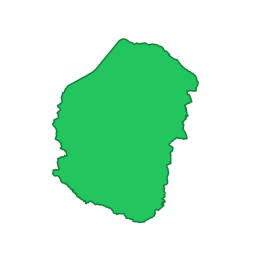 Veal Veaeng, Pouthisat, Cambodia (Robinson projection), rotated 125°
{"feature_id": "14789045B9222272664434", "entity_name": "Veal Veaeng", "entity_type": "district", "adm_level": 2, "iso_a3": "KHM", "parent_name": "Cambodia", "parent_adm1": "Pouthisat", "projection": "robinson", "projection_center": [103.138, 12.256], "detail": "fine", "context": "isolated", "style": "filled", "palette": "green", "viewbox_px": 256, "rotation_deg": 125, "n_neighbors": 0, "source": "geoboundaries", "source_scale": "gbopen_adm2", "svg_char_len": 5772}
<svg xmlns="http://www.w3.org/2000/svg" viewBox="0 0 256 256"><g transform="rotate(125 128 128)"><path d="M58.9,93.8L57.7,93.9L56.1,95.4L55.5,95.3L54.8,95.4L53.8,95.4L51.9,95.8L50.9,96.5L49.9,97.3L49.7,98.4L49.2,99.3L48.5,99.8L47.8,101.0L46.7,102.3L46.2,106.2L46.6,108.1L46.2,109.4L46.7,110.7L46.8,111.6L46.5,113.1L46.8,115.0L46.6,115.8L46.7,116.8L46.0,121.2L45.4,122.2L45.2,123.8L44.2,125.9L44.1,126.8L44.3,127.9L45.1,129.8L45.1,135.2L45.0,136.2L44.8,136.3L44.1,136.0L44.0,136.3L43.5,138.8L43.1,139.8L43.1,140.4L43.4,141.4L43.9,141.9L43.9,142.3L42.7,144.6L42.3,146.0L42.4,146.6L42.1,147.7L42.9,148.6L43.2,149.4L43.3,149.9L43.1,150.9L43.4,152.6L44.6,154.4L45.0,155.7L45.7,156.8L46.5,157.4L47.1,157.4L48.0,158.8L48.4,160.5L48.3,162.0L48.7,162.8L50.6,164.8L50.9,165.5L51.4,165.9L52.0,166.0L52.8,167.5L53.3,169.3L54.2,169.8L54.7,170.5L55.4,170.5L55.9,170.8L56.1,171.7L55.7,172.5L55.8,173.1L56.0,173.9L56.3,174.3L56.7,176.3L56.6,177.1L56.6,180.1L57.0,181.4L57.8,182.6L57.8,183.2L61.5,185.2L97.8,187.9L102.7,189.1L107.3,191.1L127.3,201.0L128.5,201.3L132.3,201.6L135.3,200.7L136.1,201.1L136.7,201.7L137.2,201.3L138.0,201.2L139.0,200.3L139.6,200.5L140.5,200.3L141.8,199.6L143.8,197.4L144.7,197.0L146.2,197.1L146.8,197.4L148.9,197.8L149.8,198.6L150.4,198.2L151.0,197.1L150.8,195.8L151.2,194.3L152.1,193.9L153.5,194.2L154.2,193.9L154.6,194.4L155.6,194.5L156.0,194.7L156.8,193.6L156.7,192.6L157.0,192.3L158.0,192.2L159.1,191.1L159.8,191.0L162.8,192.5L163.3,193.0L163.7,193.2L164.6,192.8L164.8,191.9L167.2,191.9L168.1,191.8L169.0,189.9L169.2,188.3L169.6,187.5L169.7,186.3L170.8,185.6L171.4,184.9L172.0,183.9L172.4,183.8L172.8,184.1L173.6,183.7L174.9,182.6L175.2,181.8L175.9,182.0L176.9,181.5L177.9,181.7L178.8,181.0L178.4,179.0L178.3,177.6L178.4,176.2L178.9,175.2L179.0,173.9L179.5,173.8L180.3,173.0L180.7,172.1L181.5,171.6L182.3,171.6L182.9,171.9L183.6,171.4L183.5,170.9L182.8,170.5L183.2,169.2L182.7,168.5L182.4,167.3L183.0,166.6L182.6,166.1L182.7,165.5L184.2,163.9L184.7,162.9L185.5,162.6L186.4,162.7L186.7,163.0L187.0,164.0L187.3,163.8L189.1,164.3L189.4,165.6L190.5,165.8L190.7,166.5L191.2,166.8L191.9,166.8L193.3,167.9L193.8,167.6L194.0,166.8L196.5,166.2L197.6,165.3L197.6,164.8L198.5,164.6L198.8,163.8L199.7,163.0L199.9,162.3L200.5,162.0L200.6,161.3L200.9,161.0L202.1,161.0L203.2,162.2L203.3,163.0L203.8,162.7L204.3,163.2L204.8,164.7L205.4,165.1L205.9,164.5L206.3,164.5L208.6,163.4L209.1,161.5L209.2,160.4L207.3,158.1L207.2,157.4L208.9,153.6L210.0,152.5L210.3,151.9L210.4,150.5L210.4,150.0L209.7,148.6L209.9,148.1L209.1,147.2L209.7,146.6L209.6,146.2L209.4,146.1L209.5,144.6L209.9,143.7L210.2,143.5L210.3,143.3L209.9,143.0L210.2,142.4L210.0,142.1L210.4,140.8L210.8,140.4L210.9,139.7L210.6,139.2L210.8,138.7L210.0,138.3L210.1,137.8L210.6,137.5L210.1,137.3L210.1,136.9L210.8,136.4L211.5,136.9L211.8,136.6L211.7,135.3L212.0,134.9L211.6,134.0L212.1,133.1L211.3,132.8L211.3,132.2L211.6,131.9L212.3,131.7L213.1,130.7L213.3,130.0L213.0,129.3L213.2,128.6L212.9,128.3L212.6,127.6L213.2,127.0L212.8,126.1L213.4,125.3L213.0,124.8L212.9,123.4L213.3,122.0L212.2,121.5L212.2,121.3L212.9,120.9L212.9,119.9L213.4,120.0L213.9,119.6L213.6,119.3L213.7,118.9L212.6,118.9L212.2,118.7L212.2,117.9L212.0,117.7L210.2,117.5L209.8,117.0L209.6,117.0L209.0,113.5L209.4,111.5L209.4,110.7L207.6,109.0L207.4,107.2L206.3,106.3L205.8,104.4L205.5,103.8L205.1,101.3L205.2,100.5L204.6,99.5L204.3,98.1L204.4,97.8L204.3,97.1L203.7,96.5L203.7,96.2L203.8,95.6L204.3,94.7L204.3,92.8L205.1,92.3L205.7,90.9L205.7,89.8L205.0,89.2L204.7,88.6L204.9,87.9L205.5,88.3L204.7,87.0L204.1,86.7L203.3,86.7L202.6,84.9L200.5,82.3L200.7,81.6L201.4,81.1L201.8,79.4L202.8,77.9L202.8,77.5L201.3,74.8L201.2,73.0L200.3,72.3L200.3,71.5L200.8,70.8L201.3,70.6L201.6,70.2L199.5,66.6L199.0,65.4L199.0,64.8L195.5,60.8L195.3,61.1L194.8,61.0L188.7,58.0L187.0,56.8L184.7,56.2L184.0,56.6L182.9,56.5L182.6,56.5L182.6,56.9L181.7,57.4L181.5,57.9L180.9,58.3L180.2,58.4L179.4,58.3L179.2,58.1L178.5,58.2L178.1,56.7L178.2,56.1L171.5,54.3L170.8,54.3L170.6,54.6L170.8,55.5L171.6,55.7L171.7,56.1L171.6,56.3L171.3,56.1L170.4,56.1L170.1,56.6L170.0,56.0L169.7,55.8L169.5,56.6L169.3,56.7L169.3,56.4L169.0,56.0L168.7,56.2L168.9,56.8L168.6,56.9L168.5,56.2L168.2,55.8L167.9,55.8L167.9,56.0L167.5,56.2L167.2,55.7L167.0,56.3L166.3,56.4L166.2,57.2L166.5,58.9L166.1,59.5L163.7,58.5L162.5,58.6L161.8,60.2L161.0,60.1L160.1,60.3L159.7,60.6L159.4,61.4L159.2,62.2L158.3,62.8L156.4,63.6L156.1,63.8L155.5,65.2L155.0,65.7L154.7,65.7L153.7,65.3L152.7,64.5L151.9,64.1L151.1,64.0L150.2,64.1L148.4,65.5L146.3,67.7L142.5,68.6L140.9,69.5L140.3,70.4L138.4,72.1L137.6,73.7L136.7,74.7L135.8,74.7L133.1,72.9L131.9,72.8L131.7,73.0L131.6,74.1L129.9,74.4L127.2,76.5L125.5,77.5L125.2,77.8L125.1,78.7L124.9,78.9L123.6,78.9L123.2,79.2L121.8,78.6L120.5,78.7L119.3,79.7L118.4,79.8L118.1,80.4L118.3,83.1L118.3,84.4L118.2,84.7L117.4,85.2L116.4,84.8L114.4,84.7L112.5,83.8L110.4,83.6L109.2,82.8L107.9,82.8L107.5,80.8L105.4,77.4L105.2,75.9L103.8,75.0L103.2,73.8L102.8,73.7L102.0,74.6L101.0,75.3L100.5,76.3L99.8,76.8L98.8,79.1L98.0,80.2L97.9,81.9L97.2,82.7L96.8,82.5L95.1,83.5L94.1,83.7L93.3,84.2L93.4,85.4L92.6,86.2L92.2,85.9L92.1,86.2L91.7,86.3L91.4,86.8L91.2,86.5L90.8,86.6L89.8,86.1L89.4,86.4L88.6,86.3L88.3,85.9L87.4,85.7L86.9,86.5L86.5,86.7L85.9,86.4L85.8,86.8L85.2,87.3L85.1,86.7L84.8,86.5L84.5,86.7L83.8,85.9L83.4,86.1L83.3,87.1L82.7,87.2L82.4,88.1L81.7,88.9L80.6,89.7L80.6,90.6L80.3,90.7L80.0,90.5L79.1,91.0L79.2,91.9L79.1,92.2L78.1,92.1L77.9,92.4L77.6,93.3L77.3,93.5L77.3,94.5L76.4,94.4L74.0,93.2L72.8,93.0L72.9,92.3L71.7,91.7L70.9,91.8L70.1,90.9L69.7,91.0L69.4,91.2L69.3,91.9L68.6,92.8L67.6,93.4L67.4,94.7L66.4,95.3L65.6,97.3L66.2,98.5L65.9,99.2L65.4,99.4L64.0,100.8L63.7,100.0L62.9,99.6L61.7,98.6L61.2,97.8L60.7,96.4L58.9,93.8Z" fill="#22c55e" stroke="#15803d" stroke-width="1.5"/></g></svg>